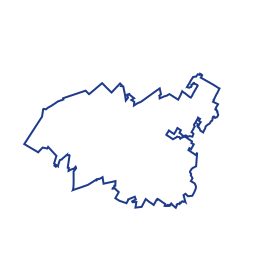 Huehuetán, Chiapas, Mexico, rotated 25°
{"feature_id": "50627088B5794115738301", "entity_name": "Huehuetán", "entity_type": "district", "adm_level": 2, "iso_a3": "MEX", "parent_name": "Mexico", "parent_adm1": "Chiapas", "projection": "equal_earth", "projection_center": [-92.394, 15.021], "detail": "fine", "context": "isolated", "style": "outline", "palette": "blue", "viewbox_px": 256, "rotation_deg": 25, "n_neighbors": 0, "source": "geoboundaries", "source_scale": "gbopen_adm2", "svg_char_len": 5786}
<svg xmlns="http://www.w3.org/2000/svg" viewBox="0 0 256 256"><g transform="rotate(25 128 128)"><path d="M170.7,48.4L170.8,48.6L171.0,48.8L171.1,49.1L170.3,49.7L170.1,49.6L169.7,49.4L169.2,49.7L168.9,49.8L168.6,49.8L168.5,50.3L168.4,50.8L168.1,52.0L167.9,52.8L167.5,53.0L167.2,53.0L166.7,53.3L165.9,54.1L165.7,54.1L165.4,54.3L165.3,55.1L165.3,55.3L165.3,55.6L165.2,56.1L165.0,57.7L164.8,59.2L164.6,62.1L164.4,63.6L164.2,65.2L164.2,65.6L164.4,65.4L164.5,65.7L164.6,65.8L164.8,65.8L165.2,65.8L165.5,65.9L165.8,65.8L166.5,65.6L167.2,64.6L167.8,64.3L168.0,63.4L167.3,62.2L167.2,62.0L167.4,61.9L168.2,61.0L168.2,60.0L168.3,59.6L168.4,59.4L168.5,59.3L168.9,59.2L169.6,59.9L169.9,59.8L170.7,59.6L172.1,59.8L172.5,59.7L173.0,59.9L173.3,60.2L173.1,62.2L172.9,63.8L172.8,65.5L172.7,66.5L172.5,68.6L172.4,70.2L172.5,70.9L172.5,71.4L172.2,73.2L172.1,73.9L170.6,73.8L165.1,72.5L162.5,72.1L161.6,71.8L161.7,75.6L161.6,79.5L161.5,81.1L155.3,80.3L153.2,80.0L151.2,79.8L150.6,80.6L150.2,81.1L150.0,81.5L149.9,81.8L149.2,82.5L148.8,82.8L148.6,83.1L147.6,83.9L144.2,87.8L143.5,86.6L143.4,86.1L142.8,85.5L142.7,85.4L143.7,83.6L140.0,78.7L139.0,80.5L138.7,80.9L137.5,83.0L131.0,94.7L129.4,97.5L128.7,98.7L125.9,101.9L123.9,105.1L122.6,101.6L119.2,101.2L121.0,98.5L115.1,97.1L114.9,96.8L114.6,97.3L114.4,97.0L113.1,98.1L113.1,98.4L113.8,99.1L114.0,99.3L114.2,99.6L114.7,100.0L115.2,100.4L115.1,101.1L114.4,104.0L112.0,100.3L110.9,98.7L106.1,92.3L104.0,92.9L104.2,91.8L102.0,91.0L98.1,102.8L91.0,100.3L87.0,98.8L85.6,98.3L83.0,103.9L81.4,107.5L80.3,109.7L79.3,112.0L78.4,113.8L73.8,112.1L62.1,123.2L59.7,125.5L58.3,126.8L56.6,128.5L57.4,129.5L53.2,133.6L52.1,135.5L48.9,140.7L46.8,143.5L46.7,143.9L46.3,144.6L45.7,145.8L43.5,146.3L43.2,146.8L45.3,154.0L40.8,186.4L56.9,188.0L57.7,185.3L58.9,181.8L63.5,180.7L63.6,178.9L74.9,183.5L76.0,191.4L77.4,191.7L77.2,193.2L78.9,193.6L79.1,192.0L80.6,192.3L80.5,192.1L79.9,187.1L79.8,185.9L81.3,184.4L81.2,184.2L84.0,178.1L84.1,178.5L86.3,177.4L86.6,177.5L90.4,190.3L90.4,190.1L91.3,189.4L92.3,192.1L92.5,191.9L92.2,191.2L93.1,190.4L93.2,190.5L95.5,188.2L96.0,188.2L96.9,185.3L97.1,185.5L97.5,185.8L97.7,186.3L97.9,186.3L98.0,186.4L97.1,190.5L101.4,199.6L103.4,204.2L103.5,204.6L104.0,206.2L104.3,207.4L104.3,207.6L107.0,204.9L109.4,202.7L115.7,196.5L119.1,191.3L121.2,187.9L121.6,188.5L122.7,186.6L123.7,186.2L125.7,183.3L129.4,188.8L132.4,186.5L134.1,185.2L135.9,183.9L136.9,183.1L139.1,181.4L140.9,185.7L140.0,186.1L140.4,187.9L140.0,188.4L139.8,188.5L139.6,188.9L139.6,189.1L139.7,189.5L140.7,188.9L141.2,188.4L141.5,188.2L143.3,189.0L146.7,190.0L146.2,197.0L151.0,197.6L158.4,196.8L158.6,193.2L158.3,192.7L163.2,187.4L165.3,189.5L162.8,192.7L163.5,193.3L166.9,191.6L168.4,197.0L173.7,193.7L174.1,184.9L178.6,186.0L181.4,186.4L183.8,186.9L184.1,183.2L184.2,180.8L184.8,180.9L185.0,179.7L193.9,181.2L194.1,183.1L194.4,183.0L194.7,182.9L195.1,182.8L195.7,182.5L196.1,182.3L196.4,182.1L197.0,181.8L196.1,181.7L196.2,181.2L197.3,181.4L197.6,180.4L198.7,180.0L198.7,179.4L198.8,179.1L199.3,179.4L199.6,179.2L199.4,178.3L201.6,179.2L205.0,180.1L204.9,176.5L204.7,176.5L204.8,176.2L206.2,175.0L206.7,175.1L206.7,174.3L207.0,174.5L207.3,174.2L207.5,173.8L207.5,173.6L207.6,173.3L207.5,173.1L207.6,172.7L207.9,172.3L207.9,172.0L208.1,171.5L208.6,171.3L209.2,171.4L209.6,171.4L209.9,171.3L210.1,170.8L210.6,170.6L211.3,170.8L206.7,165.4L207.9,163.3L211.2,164.5L214.9,162.3L215.2,158.5L215.1,155.1L214.9,154.3L214.9,153.9L214.7,153.3L214.6,153.0L214.3,152.3L214.0,151.9L213.3,151.3L211.7,150.0L207.5,149.6L207.6,147.6L207.7,146.3L204.8,144.2L204.7,143.0L204.4,142.7L203.2,142.1L202.8,141.8L202.6,141.1L202.8,139.4L203.0,139.1L202.9,138.4L203.5,137.0L205.9,133.9L201.1,121.1L201.0,121.8L201.1,122.5L200.9,123.1L200.9,123.3L200.8,123.8L198.8,123.5L197.7,123.3L196.5,123.2L193.8,122.7L192.1,122.5L192.2,120.3L193.5,120.5L194.2,120.5L194.2,118.9L194.3,118.4L194.5,115.0L193.8,114.9L191.9,114.9L191.7,113.1L183.6,111.8L183.3,111.9L182.4,112.4L181.8,112.7L181.5,113.5L180.6,114.0L180.4,114.5L179.9,115.6L178.5,114.5L178.0,114.6L177.0,115.0L176.2,115.0L176.1,115.3L175.2,117.0L174.0,118.4L173.5,119.2L168.6,118.4L167.4,118.3L166.9,118.2L166.2,118.2L165.6,118.0L165.7,116.3L166.0,114.7L166.1,113.0L170.0,113.7L172.3,114.0L172.6,111.5L172.7,110.2L172.8,107.1L174.9,107.4L175.3,107.5L176.7,107.7L176.8,107.7L176.8,110.7L179.0,111.1L179.4,111.3L181.0,111.8L182.0,111.8L182.9,110.8L183.6,110.3L185.7,110.5L186.5,110.0L187.3,109.3L187.9,109.1L189.6,108.8L190.0,108.7L190.0,107.8L189.9,106.5L189.7,105.5L188.8,105.2L188.0,105.0L187.4,105.0L187.4,104.2L187.7,101.4L187.6,100.5L187.7,99.4L187.7,99.2L187.8,98.8L187.9,98.4L186.6,97.5L186.4,97.1L186.6,95.7L186.9,95.1L186.8,94.8L187.1,90.8L187.2,89.7L187.1,89.0L188.7,89.3L189.1,89.3L189.4,89.3L189.2,90.7L189.1,91.4L190.7,91.9L191.4,91.9L191.3,92.8L191.0,94.0L191.0,95.3L190.6,95.3L190.4,95.3L189.4,95.1L189.7,95.5L189.8,96.3L190.3,96.3L190.8,96.3L190.6,97.4L191.0,97.6L191.8,97.9L192.4,97.7L194.7,99.8L198.0,100.2L197.9,98.8L198.0,98.5L198.0,98.3L198.0,97.2L198.1,96.5L198.1,95.9L198.0,95.2L197.9,94.6L197.8,94.3L197.7,94.0L197.8,93.7L197.9,93.3L198.4,92.2L199.3,90.6L199.8,90.0L200.1,89.4L200.2,88.6L200.3,88.3L200.2,88.1L200.2,87.4L200.4,86.9L200.6,86.5L200.7,86.2L201.1,85.9L201.1,85.5L201.0,84.4L200.6,83.8L200.3,82.1L200.6,81.5L201.2,81.2L201.8,81.5L202.2,82.0L202.6,82.1L203.2,81.5L203.5,81.1L203.9,80.6L204.2,79.8L204.3,78.4L204.1,77.8L202.7,76.4L202.6,76.2L202.4,75.9L202.4,75.7L201.8,75.6L201.8,75.1L201.8,74.9L201.8,74.7L202.1,74.7L199.3,74.3L199.3,73.3L199.7,73.4L199.1,72.7L199.6,68.4L194.0,68.3L194.1,66.8L194.1,66.3L193.7,66.2L193.9,64.8L193.9,60.1L194.1,59.3L194.2,53.5L193.6,53.6L188.7,52.9L183.2,52.4L172.7,51.6L172.9,49.9L172.9,49.3L172.9,48.8L171.4,48.4L170.7,48.4Z" fill="none" stroke="#1e3a8a" stroke-width="2"/></g></svg>